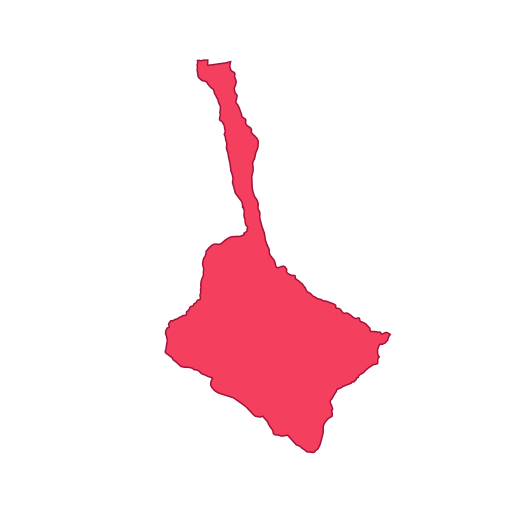 Cumanda, Chimborazo, Ecuador, rotated 76°
{"feature_id": "8360857B2358017472723", "entity_name": "Cumanda", "entity_type": "district", "adm_level": 2, "iso_a3": "ECU", "parent_name": "Ecuador", "parent_adm1": "Chimborazo", "projection": "orthographic", "projection_center": [-79.101, -2.211], "detail": "fine", "context": "isolated", "style": "filled", "palette": "rose", "viewbox_px": 512, "rotation_deg": 76, "n_neighbors": 0, "source": "geoboundaries", "source_scale": "gbopen_adm2", "svg_char_len": 6110}
<svg xmlns="http://www.w3.org/2000/svg" viewBox="0 0 512 512"><g transform="rotate(76 256 256)"><path d="M364.8,144.7L364.0,145.2L362.3,147.0L361.7,147.9L361.6,149.1L362.2,151.8L362.3,152.9L361.8,153.4L360.5,153.5L360.0,153.8L359.6,154.8L359.5,156.2L358.6,157.5L358.2,158.4L357.1,162.6L356.9,163.0L356.4,163.2L353.3,163.1L350.2,165.0L348.9,165.6L347.9,166.4L346.0,168.6L345.2,170.0L344.7,170.4L344.0,170.8L341.6,170.7L341.0,171.1L340.8,171.5L340.8,174.0L340.5,175.2L340.0,175.8L336.0,178.7L333.8,180.8L333.2,182.1L332.9,184.8L332.1,185.4L328.3,187.0L327.6,187.5L326.8,188.6L326.2,190.3L325.4,191.1L324.9,191.1L323.4,190.6L322.9,190.7L321.1,192.5L316.9,198.6L315.7,201.7L313.7,203.7L312.2,206.8L310.5,208.2L309.5,209.5L308.4,210.6L305.6,212.2L303.1,214.8L301.7,215.5L298.8,215.9L295.7,217.4L294.3,217.7L293.5,218.6L291.1,220.1L288.1,222.8L287.6,223.1L285.1,222.8L284.7,222.9L284.3,223.2L283.9,224.1L283.4,226.2L281.0,229.0L279.9,229.9L279.2,230.1L278.1,230.1L276.9,229.5L275.8,229.5L274.8,230.2L273.5,230.5L272.8,231.3L272.3,232.6L272.7,237.6L272.4,238.2L272.0,238.8L270.4,239.3L268.8,239.1L265.2,239.3L263.5,239.8L259.3,241.8L257.9,242.2L256.9,242.3L255.4,242.2L253.6,241.7L252.0,241.7L250.7,242.0L248.3,242.7L248.2,242.3L246.5,242.8L243.7,242.9L243.5,243.1L239.4,242.7L238.3,242.5L235.6,242.4L228.5,243.1L220.5,243.2L218.3,242.8L216.8,242.2L215.3,241.9L214.0,241.8L211.2,242.5L209.8,242.5L206.1,241.2L205.3,241.2L202.1,241.4L197.5,243.1L193.3,243.4L188.7,243.2L177.6,240.8L172.9,238.3L169.1,237.3L165.2,236.9L161.8,234.6L161.7,234.1L155.9,231.3L152.5,228.8L150.8,227.8L145.7,226.1L144.6,226.1L142.0,226.7L138.6,228.5L137.6,229.4L135.2,230.5L134.5,230.6L132.6,229.8L131.8,229.9L130.9,230.1L130.2,230.4L127.4,233.0L125.9,233.8L124.3,233.9L121.8,233.0L121.2,233.0L120.6,233.2L117.5,235.9L114.6,235.9L109.6,236.3L105.7,236.9L102.9,238.2L102.2,238.4L101.2,238.1L99.7,237.4L98.8,236.7L95.7,235.5L94.8,235.7L93.2,236.5L92.0,236.8L88.8,236.7L87.7,236.4L85.5,234.7L83.9,233.8L82.6,233.2L81.5,233.0L80.3,233.0L77.5,233.4L76.9,233.4L74.5,232.5L72.9,232.5L70.4,235.1L69.8,235.3L68.4,235.5L66.8,235.6L65.6,235.5L64.3,235.1L61.3,233.6L61.3,239.6L61.1,240.4L59.4,256.3L59.2,256.6L58.9,256.7L54.2,255.4L53.3,259.4L53.2,262.4L52.8,263.1L52.5,263.4L52.1,265.4L51.6,265.6L53.6,265.6L54.8,266.0L56.2,266.9L59.0,267.2L60.4,267.9L61.9,268.2L63.6,268.3L67.8,268.8L69.6,268.1L72.1,266.4L73.1,265.4L73.4,264.4L74.4,262.6L75.3,261.8L78.3,260.8L82.0,258.8L84.0,257.1L85.3,256.9L88.4,256.9L90.5,256.2L92.8,255.8L95.1,255.1L96.7,255.2L98.4,255.1L100.5,254.8L101.2,254.4L102.2,254.3L106.2,255.5L107.9,256.4L110.3,256.4L112.9,257.8L114.9,258.4L115.6,258.2L117.2,256.5L121.2,255.4L122.5,255.3L124.9,255.6L126.8,255.5L128.5,256.1L130.3,257.4L132.9,257.0L134.1,257.0L135.3,257.3L139.0,257.1L140.4,257.3L143.1,258.3L144.9,258.7L149.6,258.3L153.2,258.7L158.6,258.8L161.4,259.0L167.9,259.8L169.4,259.5L171.5,259.4L175.0,259.5L176.1,259.8L177.9,260.7L179.5,261.1L185.6,260.8L187.4,260.9L190.1,260.8L195.2,258.6L195.8,258.5L198.4,257.2L200.5,256.6L203.9,256.8L204.8,256.7L205.6,256.5L205.5,257.2L206.4,256.8L208.8,256.4L209.9,256.6L212.9,257.7L215.2,258.1L217.8,257.8L220.1,258.3L222.1,258.4L223.0,258.3L222.8,258.9L223.0,258.3L224.2,258.1L225.7,257.1L226.1,257.1L227.8,258.2L229.4,258.5L229.9,258.9L231.0,262.2L232.2,262.1L232.7,263.7L233.1,266.7L231.9,272.1L231.4,275.6L231.7,277.6L232.9,281.5L235.0,285.7L235.9,288.2L235.4,290.3L234.7,291.9L234.5,293.4L234.5,294.6L235.0,296.4L236.7,299.7L238.8,302.4L239.0,303.1L240.9,303.7L243.2,304.9L244.5,306.0L245.0,306.8L245.9,307.6L249.8,309.4L252.0,309.9L253.0,309.9L254.6,309.7L255.9,309.9L259.6,311.2L261.8,311.6L266.4,314.9L268.6,315.9L271.9,316.9L272.7,316.7L274.7,317.7L276.2,318.2L277.3,318.2L278.1,318.4L280.3,319.8L283.5,320.1L284.3,320.5L284.6,321.2L284.8,323.6L286.6,325.3L287.0,326.1L287.5,327.9L288.6,328.6L289.2,329.5L289.2,331.5L289.8,332.5L291.6,333.8L292.7,335.2L293.3,336.8L294.5,337.3L295.8,337.6L296.5,338.7L296.1,341.5L296.8,343.0L296.9,345.1L297.6,346.4L298.0,348.0L298.0,350.6L298.8,351.8L298.2,354.3L299.7,356.2L299.7,356.8L299.8,356.6L300.1,356.7L300.8,357.2L301.6,357.4L303.1,357.2L303.7,357.3L304.1,357.7L304.4,359.5L304.7,359.9L306.5,361.4L308.2,362.2L310.0,362.6L312.1,362.2L314.0,362.5L315.1,362.3L316.7,362.5L321.3,364.6L324.0,365.6L326.6,367.1L327.3,367.3L327.9,367.1L328.5,366.9L329.7,365.9L330.8,364.8L332.1,364.0L334.1,362.2L334.6,361.9L336.5,361.6L339.7,359.0L345.0,355.6L346.6,352.4L346.7,351.6L347.2,350.4L347.6,348.8L348.9,345.8L349.9,344.6L351.3,343.6L352.4,340.9L353.1,339.8L354.8,338.6L356.6,337.6L357.7,336.5L359.4,333.8L361.3,331.7L363.7,327.7L366.1,329.4L367.6,330.4L370.3,331.2L371.3,331.1L374.1,330.1L376.4,328.8L377.9,327.6L379.3,326.1L381.0,323.8L388.1,312.2L395.2,306.0L399.8,302.2L408.9,297.1L410.7,295.9L411.5,295.1L412.9,291.8L413.4,290.1L413.0,288.3L419.4,285.0L422.6,284.4L424.9,283.7L429.1,282.0L430.7,281.9L432.2,282.2L433.5,281.4L434.3,280.4L434.9,278.1L436.9,274.9L437.3,272.2L437.5,268.7L448.4,262.9L449.3,262.2L450.6,260.1L451.2,259.4L454.2,257.4L455.8,255.7L457.2,254.8L458.3,253.8L458.6,253.4L459.1,251.4L460.2,249.0L460.4,248.3L460.4,246.8L459.0,244.7L458.1,242.5L455.0,239.9L453.0,238.6L444.6,234.0L442.0,233.0L439.0,232.4L437.6,231.9L436.2,231.1L434.5,229.7L433.8,228.9L431.9,226.3L430.8,224.2L430.0,221.2L429.7,220.8L427.8,220.2L426.8,220.0L424.6,220.2L423.7,219.0L422.5,218.6L421.1,218.8L419.3,218.8L418.0,219.2L415.4,219.3L414.7,219.1L413.9,218.3L413.3,217.3L409.5,213.7L406.8,210.8L405.1,209.9L404.9,208.8L404.9,207.9L404.6,207.0L404.5,205.4L403.6,203.4L402.5,194.7L402.3,194.0L401.5,193.3L401.5,192.2L401.9,191.4L401.0,190.4L400.3,188.9L398.7,187.8L398.5,186.1L397.3,185.5L396.6,184.6L396.1,183.4L395.6,181.3L394.8,179.3L393.4,177.3L391.7,173.8L389.8,168.3L390.0,165.6L389.8,164.2L388.8,163.6L387.2,163.3L385.2,162.5L384.5,162.0L384.0,161.0L383.6,160.9L383.1,160.9L382.1,161.5L381.0,161.6L379.1,161.4L376.5,160.8L374.2,159.4L372.4,158.0L371.8,157.5L371.6,156.9L372.3,154.7L371.4,151.1L370.1,150.1L369.9,148.8L368.8,148.4L367.9,147.5L366.6,146.9L365.3,145.7L364.8,144.7Z" fill="#f43f5e" stroke="#9f1239" stroke-width="1.5"/></g></svg>